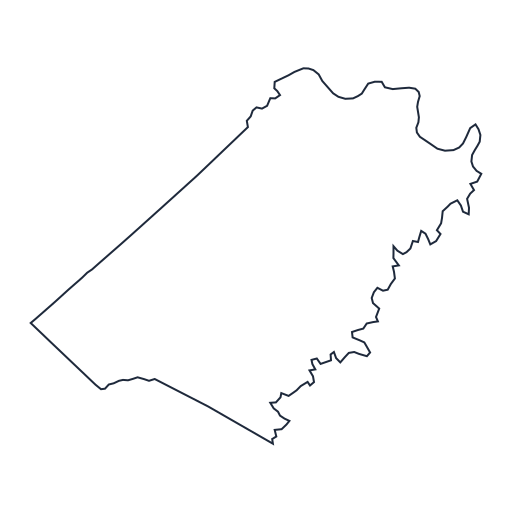 the district of Engenheiro Beltrão, Paraná, Brazil
{"feature_id": "56859067B7078612877165", "entity_name": "Engenheiro Beltrão", "entity_type": "district", "adm_level": 2, "iso_a3": "BRA", "parent_name": "Brazil", "parent_adm1": "Paraná", "projection": "mercator", "projection_center": [-52.222, -23.762], "detail": "fine", "context": "isolated", "style": "outline", "palette": "slate", "viewbox_px": 512, "rotation_deg": 0, "n_neighbors": 0, "source": "geoboundaries", "source_scale": "gbopen_adm2", "svg_char_len": 2340}
<svg xmlns="http://www.w3.org/2000/svg" viewBox="0 0 512 512"><path d="M381.7,81.8L374.9,81.7L368.2,83.6L364.1,89.9L361.8,93.6L357.9,96.1L353.0,98.4L345.3,98.8L338.4,96.8L333.1,93.3L322.3,81.0L318.7,74.4L313.4,70.1L308.5,68.5L303.4,68.3L294.5,71.9L288.5,75.3L280.5,79.1L274.7,81.9L274.3,88.3L277.3,91.1L280.0,95.1L275.2,98.4L270.3,98.2L267.1,105.8L262.0,108.6L256.5,107.4L252.7,110.6L250.7,116.4L246.8,120.8L247.9,127.1L197.3,175.4L161.9,207.4L131.3,234.9L120.8,244.2L99.3,263.0L92.1,269.4L87.2,272.7L82.1,277.7L68.5,289.6L54.5,302.3L40.7,314.4L35.8,318.7L30.7,323.0L51.1,342.5L95.5,384.7L101.0,389.2L105.0,388.7L108.8,384.5L113.7,383.3L119.0,380.8L123.0,379.9L128.0,380.3L132.8,378.9L137.6,377.3L144.0,379.1L149.0,380.8L154.7,379.0L208.2,406.5L272.9,443.7L272.2,439.0L276.3,436.5L274.7,429.9L281.6,429.2L286.4,424.6L289.4,420.9L284.5,418.6L280.0,415.6L278.0,411.7L273.7,408.4L270.3,402.8L275.9,402.4L280.5,397.3L281.3,393.1L288.6,395.9L293.4,392.6L296.6,390.3L300.7,386.1L307.6,381.9L310.0,385.5L314.0,382.1L313.0,376.3L309.5,370.4L315.3,369.4L312.4,364.1L311.5,359.9L316.8,358.5L320.6,363.9L331.0,360.3L330.6,354.5L333.9,352.0L336.1,358.1L340.3,362.4L344.8,357.2L348.8,352.9L354.2,352.0L359.0,353.9L366.9,356.2L370.1,352.5L366.4,346.0L364.3,342.4L359.9,340.4L352.6,337.4L352.0,332.0L358.0,330.0L363.3,328.6L366.7,323.5L373.0,322.1L377.9,321.4L376.0,317.0L379.2,308.6L373.0,303.1L371.7,298.0L373.9,292.2L377.4,287.8L383.0,290.7L387.7,289.7L390.9,283.9L394.9,278.5L394.0,271.8L392.7,266.4L398.8,265.4L393.4,258.1L393.5,253.2L393.5,246.2L397.4,250.7L402.9,254.1L406.5,252.2L410.4,248.5L412.9,241.0L418.0,242.0L419.3,237.2L421.2,230.9L425.5,233.7L428.2,239.2L430.3,244.4L436.1,241.1L440.5,234.0L436.9,230.2L441.1,223.3L442.0,218.0L442.7,211.2L447.7,206.6L450.5,203.7L457.3,200.3L460.9,205.5L463.0,211.7L468.7,214.3L469.0,207.8L467.1,198.8L470.2,193.6L474.0,190.1L470.4,183.9L477.2,181.6L481.3,173.8L476.6,170.9L473.0,166.5L471.4,161.5L472.1,155.0L474.8,150.1L477.4,145.9L479.7,141.7L480.4,135.0L478.5,129.2L475.5,124.4L470.2,128.1L466.2,137.1L463.0,143.5L459.2,147.5L453.5,150.1L445.0,150.7L437.4,148.7L430.3,143.8L419.9,136.8L416.9,132.5L416.3,127.8L418.4,122.3L418.9,117.3L417.2,106.8L418.0,101.9L419.7,96.1L418.7,92.0L415.3,88.7L409.1,87.7L401.0,88.3L392.7,89.1L384.9,87.3L381.7,81.8Z" fill="none" stroke="#1e293b" stroke-width="2"/></svg>